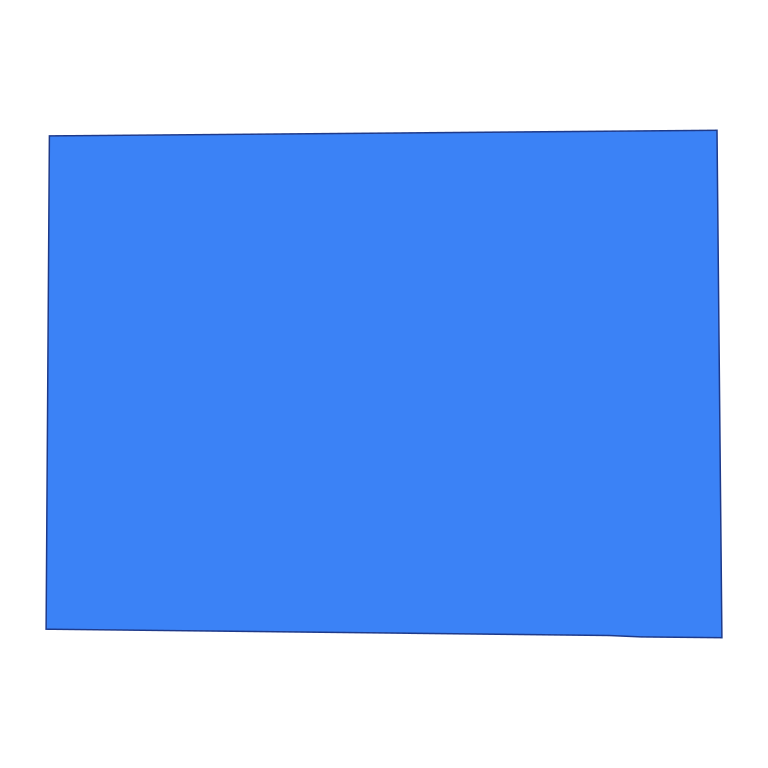 Zavala, Texas, United States of America (Robinson projection)
{"feature_id": "52423323B15496967187618", "entity_name": "Zavala", "entity_type": "district", "adm_level": 2, "iso_a3": "USA", "parent_name": "United States of America", "parent_adm1": "Texas", "projection": "robinson", "projection_center": [-99.64, 28.866], "detail": "fine", "context": "isolated", "style": "filled", "palette": "blue", "viewbox_px": 768, "rotation_deg": 0, "n_neighbors": 0, "source": "geoboundaries", "source_scale": "gbopen_adm2", "svg_char_len": 214}
<svg xmlns="http://www.w3.org/2000/svg" viewBox="0 0 768 768"><path d="M717.0,130.3L49.4,135.9L46.1,629.2L609.1,635.5L641.1,636.9L721.9,637.7L717.0,130.3Z" fill="#3b82f6" stroke="#1e3a8a" stroke-width="1.5"/></svg>